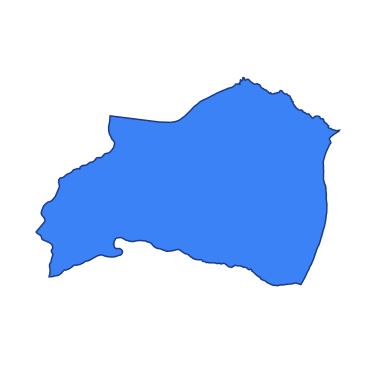 Hongsa, Xaignabouri, Laos (Robinson projection), rotated 198°
{"feature_id": "54806243B68130854025017", "entity_name": "Hongsa", "entity_type": "district", "adm_level": 2, "iso_a3": "LAO", "parent_name": "Laos", "parent_adm1": "Xaignabouri", "projection": "robinson", "projection_center": [101.47, 19.726], "detail": "fine", "context": "isolated", "style": "filled", "palette": "blue", "viewbox_px": 384, "rotation_deg": 198, "n_neighbors": 0, "source": "geoboundaries", "source_scale": "gbopen_adm2", "svg_char_len": 6013}
<svg xmlns="http://www.w3.org/2000/svg" viewBox="0 0 384 384"><g transform="rotate(198 192 192)"><path d="M301.8,67.3L300.7,67.5L298.4,68.5L296.7,69.7L293.7,71.2L292.7,72.3L291.1,74.4L290.1,77.0L289.3,78.4L287.6,78.8L286.9,79.7L285.9,80.4L284.7,81.4L284.0,82.3L282.4,84.6L281.6,86.1L278.6,86.9L277.6,87.8L276.9,88.0L276.2,88.4L274.1,90.6L273.4,91.1L272.4,92.7L271.1,93.9L270.8,93.8L270.0,94.2L268.6,95.2L264.5,99.7L262.5,101.8L260.9,103.1L259.2,104.0L258.2,104.3L255.6,104.2L253.1,104.3L251.3,104.6L247.9,105.5L245.1,106.7L242.5,108.7L240.3,110.1L239.7,111.2L239.5,112.7L239.6,113.8L240.1,114.6L241.4,115.4L242.8,115.8L243.5,115.8L246.8,114.8L247.8,115.0L248.5,115.3L249.6,116.8L250.1,118.1L250.6,118.3L250.4,119.1L250.5,120.0L251.0,120.8L250.4,122.4L250.4,123.1L250.2,124.0L249.8,124.6L248.7,125.4L245.5,126.7L244.6,126.9L243.3,126.5L240.0,125.8L239.1,125.9L238.4,125.8L237.6,126.1L236.8,125.9L235.6,125.9L234.5,126.3L233.0,126.5L230.0,128.3L226.6,129.8L220.7,131.2L219.8,130.8L219.1,130.7L217.8,131.0L215.0,130.7L214.6,130.6L214.3,130.2L211.5,128.4L208.5,127.7L207.4,127.7L204.5,128.2L200.8,127.8L199.7,128.1L198.7,127.7L198.3,127.8L197.1,128.0L194.4,129.3L193.5,129.5L191.1,130.9L189.4,132.1L186.9,133.3L186.1,133.2L183.6,132.3L181.6,131.9L180.2,131.3L179.2,131.2L178.1,131.5L175.9,131.2L175.4,130.9L174.7,130.8L174.3,130.4L173.3,129.9L171.6,129.6L170.7,129.1L169.8,129.2L169.1,128.9L168.2,129.1L166.9,129.0L165.7,129.5L164.8,129.5L162.6,130.4L161.5,130.3L160.3,129.4L158.4,129.7L157.8,129.7L156.5,129.3L155.6,129.9L154.9,129.8L153.7,130.0L148.3,131.7L146.5,131.6L145.0,132.1L143.2,132.9L142.4,132.5L142.1,132.4L140.7,133.5L139.5,134.0L138.2,134.0L137.5,133.5L136.5,133.4L135.0,132.6L133.4,132.2L132.1,132.6L131.2,132.5L130.6,132.9L130.0,133.9L129.2,134.4L129.0,135.1L128.4,135.7L127.0,135.8L126.1,135.7L125.5,136.0L124.3,136.3L123.7,136.6L122.9,136.5L122.4,136.7L121.3,136.7L120.7,136.4L119.6,136.3L119.2,136.8L118.2,136.8L116.3,136.8L115.5,136.1L113.8,135.7L113.2,135.9L112.8,136.5L112.2,136.8L111.8,136.7L111.3,136.1L110.9,136.0L110.5,135.3L110.0,135.3L104.3,132.6L102.8,132.3L101.7,131.8L101.1,132.0L100.9,131.6L100.1,131.2L99.9,130.7L98.6,130.3L96.5,130.1L96.1,130.2L94.9,130.1L92.4,129.0L91.2,129.0L87.7,128.4L86.8,128.5L85.8,128.3L84.3,129.0L83.8,128.9L81.7,129.3L80.4,130.1L79.8,130.7L79.3,130.8L78.6,131.3L77.6,131.3L77.3,131.4L76.5,132.0L75.2,132.4L73.9,133.4L72.9,133.6L71.6,134.3L68.1,135.7L67.0,136.6L65.7,137.4L63.3,137.6L59.8,137.6L58.3,145.3L57.8,149.1L57.6,151.0L56.9,155.2L56.9,157.0L56.2,160.0L55.7,166.2L55.6,176.6L55.4,178.6L54.9,181.2L54.9,184.0L55.2,193.6L55.4,195.6L55.4,200.1L56.2,206.8L56.7,209.0L57.6,214.3L59.9,222.0L62.2,226.9L63.4,231.0L65.2,235.0L65.8,236.0L65.6,236.2L65.8,237.1L66.7,238.5L66.8,239.1L68.2,240.6L69.5,242.4L71.1,245.1L71.7,247.5L72.6,249.9L73.1,252.1L74.0,254.3L75.2,258.0L76.1,260.0L76.5,261.4L76.8,265.1L76.9,270.4L75.9,279.3L75.1,281.6L75.8,282.8L77.6,284.6L77.8,285.3L77.6,286.2L76.4,288.4L74.2,291.5L71.4,294.8L70.9,295.6L70.8,296.3L73.7,294.9L78.5,294.8L79.2,295.2L81.3,295.1L82.5,295.6L82.5,297.2L83.7,297.5L85.4,298.8L86.0,298.7L87.1,299.1L87.8,299.7L88.4,299.9L88.7,300.2L88.8,301.1L89.7,301.9L90.4,302.0L92.2,301.4L92.9,301.8L93.2,302.5L94.4,303.2L95.6,303.1L98.1,302.2L98.9,301.1L99.6,299.7L100.1,299.3L104.8,302.2L105.6,302.2L107.4,301.6L108.9,302.4L109.6,302.3L110.0,302.5L111.5,302.6L111.8,302.9L111.9,303.6L112.7,303.6L113.0,303.8L113.9,303.7L114.4,303.0L116.0,303.1L116.7,303.5L117.6,303.5L118.0,303.9L118.6,304.0L119.5,304.7L120.1,304.9L120.4,305.5L121.3,305.8L121.7,306.3L123.1,307.2L123.3,307.6L123.7,309.0L124.9,309.1L125.1,309.2L125.2,309.8L125.5,310.5L126.5,311.0L126.7,311.6L127.3,312.0L128.8,313.6L130.8,313.8L132.1,314.5L132.7,314.5L133.5,313.9L134.1,313.9L136.4,314.9L137.5,315.8L138.0,316.1L139.2,315.8L139.7,315.0L139.9,314.0L140.2,313.5L142.0,312.5L142.8,311.6L143.8,311.5L144.8,310.4L146.5,309.9L146.8,309.9L147.5,310.6L147.9,310.7L148.4,309.9L148.6,309.8L149.0,309.9L150.1,310.6L151.9,311.3L152.6,311.7L153.9,311.9L154.6,311.8L154.9,311.6L155.2,311.7L155.5,312.2L156.1,312.4L158.4,312.6L159.5,313.9L161.0,314.9L161.6,314.8L161.9,314.6L162.7,315.1L163.4,315.2L163.8,315.1L165.0,314.1L165.9,313.9L166.9,314.0L170.2,315.0L171.1,315.4L171.8,316.1L172.8,316.2L173.5,316.6L174.6,316.1L175.7,314.8L176.3,314.7L176.8,315.2L176.9,315.9L177.1,316.2L177.8,316.7L178.6,316.7L179.0,316.3L178.6,315.2L178.6,313.9L178.8,313.4L179.0,313.1L179.3,313.1L180.3,313.7L180.5,313.7L180.6,313.4L180.6,313.1L180.0,312.7L179.9,312.5L179.9,311.9L180.6,310.8L180.6,310.5L180.5,310.2L179.7,309.6L179.8,309.1L180.0,309.0L181.5,309.1L182.5,308.5L183.5,308.4L183.8,308.1L183.9,307.5L184.8,305.8L185.9,304.3L187.2,303.3L189.4,302.0L191.4,300.2L194.9,297.2L199.0,293.6L200.5,291.9L203.2,289.3L205.8,286.5L210.6,282.1L212.8,279.5L213.5,277.9L216.2,274.2L218.6,269.0L222.3,261.9L226.2,256.5L228.3,254.7L230.1,253.5L233.8,251.6L245.0,248.4L293.4,239.1L292.1,233.9L291.4,227.9L290.0,224.3L288.4,221.6L286.6,219.9L284.8,217.7L282.4,216.4L280.8,215.0L280.4,212.4L280.4,209.9L281.8,205.6L283.2,203.5L286.6,201.5L287.8,199.1L288.7,196.7L291.0,196.1L293.3,194.9L294.1,192.6L295.2,190.4L298.5,188.3L300.7,185.0L304.6,183.2L306.1,181.1L305.9,179.2L307.8,179.1L311.6,176.4L312.7,173.6L314.0,172.1L316.0,170.6L317.2,169.1L318.2,167.2L319.7,165.5L321.3,164.8L322.1,163.7L322.5,162.3L322.0,160.5L319.7,156.2L320.6,145.4L321.9,142.2L322.9,140.2L324.1,139.1L325.8,137.9L327.0,136.3L328.7,133.2L329.0,130.8L329.1,127.4L329.0,125.5L328.0,123.9L326.0,122.6L323.8,120.9L322.8,119.3L322.9,118.5L326.1,110.2L327.8,106.2L327.7,105.6L326.3,104.8L322.4,103.9L321.3,102.6L320.5,101.2L319.4,100.5L317.1,100.2L315.2,100.2L313.6,99.9L311.7,99.7L309.6,98.9L308.1,97.7L307.7,97.3L307.7,96.8L307.2,95.7L307.1,95.3L307.3,94.5L307.8,93.3L307.7,93.0L307.5,92.5L307.1,92.2L307.1,91.8L306.9,91.4L306.3,90.8L305.3,90.2L305.3,89.7L304.9,89.3L304.9,84.2L304.5,82.2L304.9,80.8L305.0,78.5L304.3,76.7L303.0,74.4L302.4,72.5L301.9,69.8L301.8,67.3Z" fill="#3b82f6" stroke="#1e3a8a" stroke-width="1.5"/></g></svg>